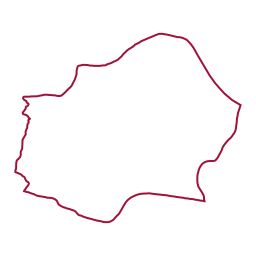 Man'ar, Al Mahrah, Yemen
{"feature_id": "15242507B25634508234618", "entity_name": "Man'ar", "entity_type": "district", "adm_level": 2, "iso_a3": "YEM", "parent_name": "Yemen", "parent_adm1": "Al Mahrah", "projection": "robinson", "projection_center": [50.908, 16.452], "detail": "fine", "context": "isolated", "style": "outline", "palette": "rose", "viewbox_px": 256, "rotation_deg": 0, "n_neighbors": 0, "source": "geoboundaries", "source_scale": "gbopen_adm2", "svg_char_len": 5710}
<svg xmlns="http://www.w3.org/2000/svg" viewBox="0 0 256 256"><path d="M23.1,98.0L23.3,98.7L23.7,99.3L24.1,99.8L26.0,100.9L26.5,101.3L26.6,102.0L26.9,102.7L28.1,103.4L28.5,104.0L28.5,104.7L28.1,105.3L27.0,106.3L26.4,106.5L25.8,107.1L25.7,107.9L25.6,108.7L25.2,109.4L24.7,110.0L23.8,111.2L23.0,112.3L22.7,113.0L22.9,113.7L23.4,114.2L24.7,114.6L25.4,114.7L26.0,114.9L26.6,115.3L27.6,116.1L28.2,116.6L28.4,117.2L28.7,117.9L29.4,118.3L29.9,118.7L29.5,119.4L28.8,119.6L28.4,120.1L28.3,120.9L28.6,121.5L28.6,122.2L28.5,122.9L27.6,124.2L27.4,125.0L27.2,126.5L27.3,127.3L27.1,128.0L26.5,129.2L26.2,129.9L25.7,131.3L25.6,132.1L25.6,132.8L25.8,134.3L25.4,134.9L25.0,135.5L23.9,137.5L22.7,139.5L22.5,140.2L22.5,141.0L22.4,144.1L22.3,145.7L22.2,146.5L22.3,148.0L22.1,148.8L21.2,150.8L20.9,151.4L20.7,152.2L20.7,152.9L20.8,154.4L20.7,155.2L20.5,156.0L20.2,156.7L19.9,157.3L18.9,158.4L18.4,159.0L17.8,159.4L17.3,159.9L16.9,160.4L16.6,161.1L16.3,162.7L16.2,164.2L16.1,168.1L16.0,168.8L15.8,169.5L15.4,170.1L15.4,172.1L16.0,172.4L16.6,172.5L17.9,173.1L19.9,173.9L21.1,174.6L21.7,175.0L22.2,175.6L22.6,176.2L23.2,176.4L23.8,176.6L24.3,177.0L24.7,177.6L25.3,179.1L26.4,181.1L26.9,181.5L27.5,181.7L28.1,182.1L28.6,182.7L28.9,183.3L28.8,184.0L28.5,184.7L28.2,185.3L27.7,185.9L27.3,186.4L26.8,186.9L25.5,189.0L24.6,190.0L24.2,190.7L24.1,191.2L24.6,191.3L26.2,191.8L27.4,192.1L27.9,192.2L29.2,192.5L30.0,192.9L30.4,193.0L30.8,193.2L31.1,193.3L31.6,193.5L33.4,194.0L34.4,194.4L36.2,195.4L36.5,195.5L37.4,195.8L37.8,195.8L38.8,196.0L39.7,196.3L40.6,196.4L41.9,196.5L43.7,196.9L44.6,197.0L45.5,197.1L46.3,197.5L47.6,197.7L49.4,197.8L50.4,197.8L50.8,197.9L51.4,198.0L52.5,198.2L53.5,198.5L53.8,198.8L55.0,199.3L55.7,199.8L56.4,200.3L56.7,200.7L57.0,201.1L57.2,201.5L57.4,201.9L57.7,202.7L58.5,204.2L58.9,204.6L59.3,205.0L59.7,205.2L61.1,206.1L62.0,206.5L62.7,206.9L63.1,207.1L63.9,207.4L64.8,207.6L66.1,208.1L66.9,208.4L67.8,208.7L68.7,208.8L69.7,209.1L71.0,209.6L71.8,209.9L73.5,210.4L74.3,210.8L74.6,210.9L75.4,211.5L76.0,212.1L76.6,212.8L76.8,213.1L77.1,213.4L77.7,214.1L78.0,214.4L78.3,214.7L79.2,215.2L80.6,215.5L81.8,215.9L82.5,216.3L82.9,216.4L83.7,216.8L86.2,217.6L87.2,217.9L87.6,218.1L87.9,218.2L88.3,218.2L89.1,218.5L90.3,218.7L90.8,218.8L91.3,218.9L93.0,219.5L94.3,219.8L95.2,220.1L96.0,220.3L97.7,220.7L99.5,221.0L100.9,221.2L103.2,221.9L104.0,222.1L104.5,222.1L107.4,222.2L108.3,222.1L109.9,221.7L110.8,221.3L112.1,220.6L113.5,219.7L115.9,216.9L116.2,216.6L116.8,215.9L118.2,214.6L118.9,213.9L119.2,213.5L119.5,213.1L120.1,211.8L120.4,211.5L121.9,208.9L123.1,206.7L123.8,205.5L124.1,205.1L125.2,203.2L126.0,202.0L127.2,200.6L127.8,200.0L129.0,199.0L129.8,198.4L130.6,197.8L131.8,197.1L133.4,196.3L133.9,196.1L134.3,195.9L136.3,195.0L136.9,194.8L139.2,194.2L140.4,194.0L141.0,193.8L143.6,193.6L146.2,193.5L148.9,193.3L150.0,193.4L151.4,193.6L151.9,193.7L152.3,193.7L154.0,194.0L158.1,194.4L158.6,194.5L159.1,194.5L159.6,194.5L162.2,194.9L163.6,195.0L166.7,195.3L169.0,195.8L169.5,195.8L170.7,196.1L171.2,196.2L171.6,196.2L172.5,196.3L174.1,196.5L174.6,196.5L176.8,197.0L177.7,197.1L178.2,197.2L180.4,197.4L180.8,197.5L182.2,197.7L182.7,197.7L183.1,197.7L184.0,198.0L184.8,198.2L185.2,198.3L187.5,198.4L187.9,198.5L189.3,198.8L193.4,199.2L194.8,199.6L198.7,200.2L200.4,200.6L201.3,200.7L202.1,200.7L203.4,201.0L204.5,201.2L204.3,200.0L204.0,199.1L204.0,197.7L203.9,196.7L203.7,195.8L203.5,195.3L203.3,194.9L202.9,194.0L201.9,192.3L198.9,187.5L198.5,186.7L198.1,185.8L198.0,185.3L197.4,182.4L197.4,182.0L197.3,179.5L197.4,175.8L197.5,175.3L197.6,174.3L198.0,172.9L198.2,172.4L198.4,171.5L198.8,169.8L199.6,167.9L200.3,166.6L200.9,165.7L201.9,164.4L202.2,164.0L203.2,163.2L204.8,162.2L205.2,161.9L206.0,161.7L207.2,161.3L208.5,161.1L209.0,161.1L210.8,161.0L211.2,161.0L214.1,160.9L214.9,160.6L215.3,160.4L216.0,159.8L217.2,158.3L217.7,157.6L218.2,156.8L219.0,155.1L219.9,153.6L221.5,150.6L221.9,149.6L222.4,148.0L223.0,146.7L224.1,145.1L224.9,144.0L226.9,141.5L228.0,140.4L228.5,139.7L230.2,138.3L231.1,137.3L231.4,137.0L231.7,136.6L232.6,135.4L233.4,134.1L234.2,133.0L234.9,131.8L235.3,130.8L235.8,129.0L236.1,127.1L236.4,124.6L236.4,124.2L236.6,123.1L236.7,122.2L236.8,121.7L236.8,120.6L236.9,119.2L237.1,117.8L237.6,115.8L238.0,112.9L238.5,111.5L238.7,110.9L239.0,109.9L239.7,108.0L239.9,107.2L240.2,106.2L240.6,105.1L232.2,100.1L224.5,93.6L219.2,87.8L214.8,82.7L209.5,75.2L201.8,62.2L197.3,54.6L193.5,47.8L190.9,44.2L189.1,42.2L186.9,40.0L185.0,38.9L182.5,37.9L179.8,37.2L177.3,37.1L172.2,35.8L167.0,34.6L161.8,33.8L159.0,33.9L156.7,34.7L146.6,38.9L140.4,41.6L139.6,42.4L138.3,43.1L137.0,43.7L136.4,44.0L135.7,44.3L135.0,44.6L134.6,45.2L134.1,45.7L133.4,46.3L132.8,46.7L132.1,47.1L130.2,48.4L128.9,49.1L127.2,50.4L126.1,51.4L125.6,52.0L123.9,53.5L122.9,54.6L122.4,55.3L122.0,55.8L121.5,56.4L120.4,57.4L117.7,59.8L115.6,60.9L114.2,61.5L112.7,62.2L112.0,62.6L110.8,63.2L110.0,63.4L108.5,63.9L107.7,64.2L107.0,64.3L106.5,64.8L105.9,65.1L105.2,65.3L104.5,65.4L103.2,65.4L99.6,65.9L96.7,65.9L93.9,65.9L92.5,65.6L90.4,65.6L89.7,65.5L87.4,65.0L84.7,64.9L83.3,64.9L82.6,64.9L82.0,65.0L81.3,65.3L80.0,65.5L78.7,65.8L78.1,66.1L77.7,66.7L77.4,67.4L76.8,69.7L76.7,70.4L76.6,71.2L76.5,72.3L76.6,73.6L76.5,74.4L76.3,75.1L75.8,76.6L75.4,77.9L74.9,79.3L74.6,80.0L73.8,81.4L72.7,83.6L72.0,85.1L71.6,85.7L71.1,86.4L70.6,86.9L70.1,87.5L68.9,88.5L67.3,90.1L65.2,92.3L63.6,93.8L62.5,94.7L61.9,95.2L60.7,95.8L60.0,96.0L59.4,96.0L58.1,96.0L57.3,95.9L55.1,95.4L53.8,95.3L50.9,95.1L50.2,95.0L49.6,95.0L48.9,95.0L48.2,94.8L47.5,94.8L44.8,94.7L44.1,94.8L43.5,94.9L42.3,95.3L40.2,95.6L38.0,96.1L36.7,96.3L31.2,96.4L29.2,96.7L28.5,96.7L27.9,96.7L27.2,96.7L24.4,96.7L23.7,96.8L23.3,97.3L23.1,98.0Z" fill="none" stroke="#9f1239" stroke-width="2"/></svg>